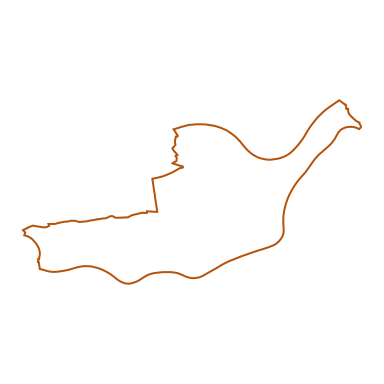 outline of Maasdriel, Gelderland, Netherlands
{"feature_id": "6326949B49943230563567", "entity_name": "Maasdriel", "entity_type": "district", "adm_level": 2, "iso_a3": "NLD", "parent_name": "Netherlands", "parent_adm1": "Gelderland", "projection": "robinson", "projection_center": [5.28, 51.786], "detail": "fine", "context": "isolated", "style": "outline", "palette": "amber", "viewbox_px": 384, "rotation_deg": 0, "n_neighbors": 0, "source": "geoboundaries", "source_scale": "gbopen_adm2", "svg_char_len": 5728}
<svg xmlns="http://www.w3.org/2000/svg" viewBox="0 0 384 384"><path d="M68.8,269.8L70.4,269.3L74.4,268.1L78.5,267.0L80.5,266.6L82.5,266.3L84.5,266.2L86.5,266.2L88.6,266.2L90.6,266.4L92.6,266.7L94.6,267.2L96.6,267.7L98.6,268.3L100.7,269.0L102.7,269.9L104.7,270.9L106.7,271.9L108.7,273.1L110.8,274.4L112.8,275.9L116.8,279.1L118.8,280.5L120.9,281.7L122.9,282.6L124.9,283.3L126.9,283.6L129.0,283.7L131.0,283.4L133.0,282.8L135.0,282.2L137.0,281.4L139.0,280.3L141.0,279.1L143.1,277.7L145.1,276.5L147.1,275.3L149.1,274.5L151.1,273.8L153.1,273.3L155.2,273.0L157.2,272.7L161.2,272.3L163.2,272.1L167.3,272.1L169.3,272.1L171.3,272.2L173.3,272.4L175.3,272.7L177.4,273.1L179.4,273.8L181.4,274.6L185.4,276.4L187.5,277.2L189.5,277.7L191.5,278.0L193.5,278.2L195.5,278.0L197.5,277.7L199.6,277.2L201.6,276.4L203.6,275.4L209.6,272.0L213.7,269.7L215.7,268.6L221.7,264.9L223.8,263.8L225.8,262.8L229.8,260.9L236.6,258.2L237.9,257.7L241.9,256.1L243.9,255.4L252.0,252.6L256.0,251.2L264.1,248.7L268.1,247.4L270.2,246.6L272.2,245.8L274.2,244.9L276.2,243.7L277.7,242.4L279.3,240.9L280.6,239.3L281.7,237.7L282.6,236.1L283.1,234.5L283.5,232.9L283.6,231.4L283.7,229.8L283.3,223.4L283.3,221.9L283.3,218.7L283.4,217.1L283.5,215.5L283.7,213.9L284.2,210.8L284.5,209.2L284.9,207.6L285.3,206.0L285.7,204.4L286.2,202.8L287.3,199.7L287.9,198.1L288.6,196.5L289.3,194.9L290.1,193.3L290.9,191.8L292.7,188.6L294.7,185.4L295.8,183.8L298.1,180.7L299.4,179.1L300.8,177.5L303.6,174.3L305.0,172.8L307.4,169.6L308.5,168.0L309.6,166.4L310.8,164.8L311.9,163.2L312.9,161.7L314.1,160.1L315.4,158.5L316.8,156.9L318.3,155.3L319.9,153.7L321.8,152.2L323.6,150.5L327.2,147.4L329.0,145.8L330.6,144.2L332.0,142.7L333.2,141.1L334.4,139.5L335.3,137.9L337.9,133.2L339.1,131.6L340.7,129.8L342.8,128.6L344.8,127.7L346.8,127.2L348.8,126.9L350.8,126.8L352.9,126.9L354.9,127.3L356.9,128.0L358.9,129.0L359.1,129.1L360.3,128.0L360.9,127.1L361.0,126.8L360.8,125.9L360.7,125.6L360.5,125.1L360.3,124.8L359.7,124.3L359.6,124.0L359.3,123.5L359.2,122.7L359.3,122.6L356.6,121.2L353.7,118.8L351.5,116.5L351.2,116.6L351.0,116.4L350.2,115.3L349.2,114.1L348.9,113.5L348.6,113.0L348.5,112.5L348.3,112.0L348.2,111.6L348.2,111.4L348.2,111.0L348.1,108.9L347.7,108.9L347.0,108.9L346.9,108.9L346.9,109.0L346.5,109.0L346.2,108.7L346.1,106.5L346.1,106.0L346.1,105.9L345.6,105.5L345.5,105.3L345.8,104.9L345.3,104.4L344.8,104.3L344.7,104.3L339.2,100.3L329.3,107.1L328.7,107.5L328.4,107.8L326.3,109.3L323.0,112.1L321.6,113.5L320.6,114.4L318.8,116.3L318.0,117.0L316.6,118.6L312.9,123.2L310.3,126.6L309.6,127.7L308.9,128.8L307.7,130.6L304.9,135.4L304.1,136.7L303.3,138.0L302.6,139.0L300.6,141.8L298.8,144.1L297.1,146.1L293.5,150.0L291.6,151.8L290.7,152.6L289.8,153.3L288.5,154.3L287.2,155.0L286.3,155.6L284.8,156.3L284.2,156.6L282.1,157.4L281.1,157.8L278.7,158.5L277.8,158.7L276.5,158.9L274.4,159.2L271.9,159.6L270.5,159.7L269.3,159.7L267.9,159.7L267.2,159.6L265.6,159.4L264.1,159.1L262.8,158.8L261.3,158.5L260.6,158.3L259.0,157.8L257.9,157.4L257.1,157.0L256.5,156.7L255.8,156.3L254.7,155.7L253.4,155.0L250.6,153.0L248.0,150.6L245.3,147.9L243.0,145.1L240.8,142.3L238.2,139.5L237.5,138.7L235.4,136.7L231.8,133.8L226.7,130.4L220.8,127.8L214.8,125.9L205.5,124.4L196.1,124.3L188.6,125.0L181.8,126.8L176.8,128.4L173.6,129.3L177.5,135.3L177.8,135.9L176.7,136.8L176.0,136.5L175.8,136.7L175.4,138.6L175.2,140.0L175.0,140.7L174.9,141.7L174.9,141.9L175.0,142.1L175.2,143.5L175.4,144.3L175.4,144.8L175.4,145.0L175.1,145.2L174.4,146.1L173.6,147.1L173.1,147.6L172.7,147.9L172.4,148.3L172.7,148.9L173.0,149.5L174.0,151.0L174.2,151.3L175.5,152.6L175.9,153.1L176.2,153.5L176.5,153.8L176.9,154.2L177.1,154.3L177.3,154.6L177.5,155.1L175.7,155.8L175.5,156.0L175.8,156.3L176.7,157.7L176.7,158.1L176.6,159.5L176.5,160.6L176.4,160.8L176.4,161.0L176.1,161.2L175.0,161.8L174.3,162.1L173.1,162.8L172.6,163.3L174.8,164.1L180.0,165.7L181.8,166.2L182.6,166.3L183.0,167.4L182.7,167.5L182.3,167.7L181.9,167.8L181.5,167.6L181.2,167.7L180.4,168.0L179.3,168.5L177.4,169.5L177.2,169.7L174.1,171.4L172.3,172.4L171.2,172.9L168.7,174.0L166.1,175.1L164.8,175.6L162.4,176.4L161.4,176.7L159.5,177.2L157.4,177.7L154.7,178.3L153.2,178.6L152.5,178.7L152.3,178.8L152.6,180.4L153.5,186.4L153.5,186.8L154.5,193.1L154.9,195.5L154.9,196.2L155.2,198.3L155.5,200.1L155.6,200.6L155.8,202.3L156.0,203.5L156.3,205.4L156.7,207.9L157.2,211.9L146.9,211.3L146.9,212.8L146.6,212.8L146.2,213.0L145.5,213.0L142.8,212.7L141.7,213.0L141.3,213.0L141.0,213.0L132.0,215.2L131.6,215.4L128.4,217.1L127.8,217.3L126.1,217.4L121.0,217.7L120.9,217.6L117.0,217.8L116.5,217.8L116.3,217.7L115.7,217.7L115.4,217.7L114.9,217.4L113.1,216.4L112.5,216.2L112.2,216.1L111.9,216.1L111.6,216.1L109.9,216.4L109.6,216.5L109.3,216.6L108.3,217.2L107.8,217.4L106.1,218.2L105.6,218.3L105.1,218.4L103.5,218.4L102.7,218.5L99.0,219.1L96.8,219.3L96.8,219.5L89.8,220.6L87.6,221.1L86.9,221.3L79.5,222.0L75.2,220.8L73.4,220.8L70.6,220.8L70.2,220.9L67.8,221.5L64.1,221.8L62.7,222.1L59.6,222.7L58.9,222.8L54.3,224.1L54.2,224.1L53.6,223.9L53.4,223.9L52.6,223.9L48.5,224.0L49.2,225.8L47.3,226.8L46.9,227.0L45.9,227.2L44.7,227.3L44.0,227.4L42.9,227.3L41.8,227.1L41.1,227.0L35.3,226.1L32.8,225.6L27.7,227.7L27.8,227.8L23.0,230.1L25.2,232.4L24.3,235.3L25.7,235.6L26.6,236.0L27.5,236.3L28.5,236.7L29.7,237.4L30.8,238.1L31.5,238.6L32.6,239.6L33.2,240.1L35.1,242.4L36.5,244.1L36.9,244.8L37.3,245.4L38.2,247.1L38.6,247.9L39.2,249.4L39.6,251.2L39.7,252.2L39.8,253.6L39.8,253.8L39.8,254.7L39.7,255.4L39.6,256.1L39.3,257.0L39.1,259.1L38.0,259.2L38.2,260.1L38.3,260.6L38.2,260.8L38.1,261.1L38.0,262.1L38.8,262.2L39.8,269.0L43.0,269.8L46.4,270.8L47.7,271.1L49.6,271.5L51.6,271.8L52.3,271.9L53.5,271.9L54.4,271.9L55.8,271.9L57.3,271.7L59.7,271.4L63.6,270.8L65.6,270.4L68.8,269.8Z" fill="none" stroke="#b45309" stroke-width="2"/></svg>